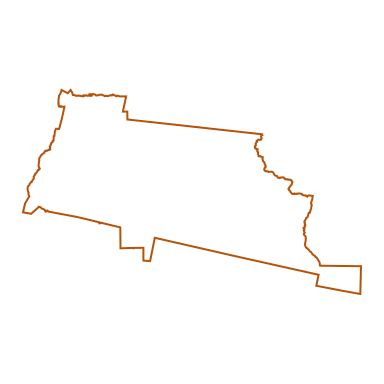 outline of Río Seco, Córdoba, Argentina
{"feature_id": "61730980B71498262551365", "entity_name": "Río Seco", "entity_type": "district", "adm_level": 2, "iso_a3": "ARG", "parent_name": "Argentina", "parent_adm1": "Córdoba", "projection": "natural_earth1", "projection_center": [-63.26, -30.047], "detail": "fine", "context": "isolated", "style": "outline", "palette": "amber", "viewbox_px": 384, "rotation_deg": 0, "n_neighbors": 0, "source": "geoboundaries", "source_scale": "gbopen_adm2", "svg_char_len": 5775}
<svg xmlns="http://www.w3.org/2000/svg" viewBox="0 0 384 384"><path d="M70.6,90.0L68.2,92.7L67.8,93.2L61.5,90.0L61.0,92.2L60.3,93.7L59.0,95.8L58.9,96.4L58.9,97.3L58.6,98.5L58.4,103.5L58.6,103.5L58.8,106.3L60.6,106.2L60.5,106.8L64.4,106.7L62.9,114.0L61.6,119.6L59.1,129.0L56.0,128.7L54.9,131.3L54.4,136.0L53.7,136.2L53.5,140.7L52.9,140.8L52.6,141.0L52.6,141.8L52.5,142.2L52.4,142.4L51.7,142.5L51.1,143.3L51.0,143.6L51.0,144.4L50.9,144.7L50.5,145.2L49.8,146.4L49.9,147.1L50.3,147.4L50.3,147.6L50.0,148.0L50.0,148.3L49.7,148.9L50.1,149.4L49.3,150.0L48.9,150.0L48.6,149.9L48.2,150.0L47.6,150.6L46.7,150.9L46.0,150.5L45.5,150.7L45.1,151.0L44.8,151.7L44.6,151.8L44.4,152.1L44.4,152.7L42.6,153.9L41.8,154.8L41.0,155.3L40.0,157.3L39.7,157.4L39.1,159.1L39.3,160.6L38.8,162.5L38.8,163.8L38.6,164.7L38.6,166.0L38.8,166.8L39.0,167.3L39.7,168.4L39.2,168.8L39.4,169.3L39.1,169.7L38.4,170.0L38.2,170.4L37.7,170.3L37.0,171.9L35.9,173.3L35.8,173.6L35.3,173.7L35.0,174.4L35.0,174.7L34.8,174.9L34.3,175.8L33.8,176.4L33.6,176.9L33.9,177.8L33.9,178.3L32.6,180.2L31.9,181.3L31.9,181.8L31.5,182.2L30.7,182.3L30.3,183.2L29.7,183.8L29.5,184.5L29.0,185.5L28.6,185.7L27.7,187.0L27.7,188.2L27.5,189.0L28.1,191.6L28.6,192.7L28.4,193.7L28.7,195.3L29.4,196.2L25.1,203.4L23.0,212.3L31.1,213.8L38.8,207.0L38.8,206.8L40.7,207.3L41.6,208.4L42.5,208.9L43.4,209.1L44.5,209.7L44.9,210.2L45.1,210.9L45.4,211.4L45.5,211.3L45.7,210.9L46.1,211.1L46.4,210.9L46.9,211.4L47.1,211.3L47.3,210.6L47.6,210.6L48.5,211.6L78.1,217.2L99.3,222.3L99.3,223.3L100.7,223.2L100.8,222.7L120.3,227.4L120.5,248.3L133.6,247.9L133.6,248.2L134.1,248.2L134.6,247.9L143.4,247.8L143.4,260.6L150.1,261.1L154.8,237.8L233.7,255.8L318.6,274.8L316.3,285.8L341.5,290.6L360.3,294.0L361.0,266.2L320.1,265.7L319.8,264.8L319.8,263.9L319.7,262.9L319.3,261.8L318.5,260.7L317.1,258.2L316.1,257.2L315.4,256.9L314.9,255.9L313.5,255.1L312.6,254.3L312.2,253.8L311.3,252.4L311.0,252.0L310.1,251.5L309.5,250.9L309.0,250.0L308.0,249.2L307.4,248.3L306.7,248.1L305.9,247.4L305.0,245.1L305.1,243.3L305.6,241.0L305.8,239.2L305.8,238.7L305.6,238.0L305.8,237.3L305.5,236.2L304.6,235.5L304.2,235.0L303.9,234.5L303.9,233.7L304.0,233.5L304.4,233.3L304.8,232.6L304.4,232.0L303.8,230.7L304.4,230.1L304.4,229.7L303.9,229.2L303.5,228.2L303.5,227.9L304.0,227.9L304.4,228.1L304.6,227.9L304.6,227.2L304.9,226.3L304.7,226.0L304.7,225.6L305.3,225.6L305.3,224.7L304.7,223.5L304.7,223.2L304.8,223.1L304.9,222.5L304.4,222.1L304.4,221.6L304.5,221.2L305.3,220.0L306.2,218.3L306.3,217.8L307.4,217.3L307.7,216.7L308.7,213.0L309.8,212.8L309.9,212.3L309.9,211.8L310.4,211.0L310.4,210.3L311.1,208.9L311.3,207.2L311.4,206.0L311.7,205.6L311.7,205.2L311.5,204.2L311.1,203.7L311.0,203.4L311.3,202.8L311.3,201.8L311.8,200.7L312.0,200.0L312.3,199.3L312.7,195.9L308.8,195.4L308.4,195.5L307.6,196.0L307.4,196.3L307.3,196.0L307.0,195.9L306.6,196.1L305.8,195.8L305.5,195.4L304.2,195.5L303.6,195.2L302.7,195.1L302.1,194.6L301.9,194.0L301.2,193.7L300.1,193.7L299.1,193.4L296.7,193.7L296.7,193.9L295.2,193.8L294.9,194.0L294.4,193.5L294.0,193.9L293.5,194.0L292.4,194.0L291.8,193.3L290.7,192.4L290.5,191.6L290.4,191.3L289.4,190.5L289.2,190.0L289.0,189.9L289.0,189.6L288.5,189.2L288.5,188.7L289.3,187.6L289.4,187.2L290.2,186.5L290.4,185.9L290.6,185.6L291.6,184.6L291.6,184.2L291.8,183.9L292.1,182.6L292.5,182.0L291.0,180.0L290.7,179.8L290.1,179.7L289.9,179.9L289.5,179.9L288.7,179.5L288.3,179.7L288.0,179.5L287.4,179.5L287.1,179.2L286.6,179.2L285.9,179.4L285.1,179.2L284.7,178.3L284.1,178.2L283.8,177.6L283.4,177.4L282.5,177.3L282.0,177.5L280.9,177.4L280.1,178.0L279.7,178.1L279.2,177.7L278.8,177.9L278.4,177.9L278.1,177.7L277.9,177.5L277.7,177.4L277.4,177.0L277.3,176.4L277.0,176.1L276.6,175.8L275.9,175.8L275.3,175.6L274.5,175.0L274.2,174.2L273.8,173.7L273.1,172.5L272.7,172.1L272.3,171.8L270.6,171.7L268.7,172.0L268.5,171.7L266.6,171.1L266.1,171.4L265.7,171.2L265.2,170.9L264.5,170.3L264.4,170.2L264.3,169.5L264.4,168.5L264.7,168.0L264.9,167.9L265.3,167.4L265.3,166.7L265.7,166.6L265.7,165.9L265.5,165.7L265.4,165.0L264.5,163.6L264.5,162.8L264.4,162.4L263.7,161.7L263.0,161.2L262.9,160.8L262.9,160.4L262.7,160.2L262.7,159.7L262.5,159.2L262.6,158.9L262.6,158.1L262.7,157.6L262.7,157.2L262.0,157.3L261.5,156.8L260.5,156.5L260.2,156.0L259.2,156.3L258.6,156.2L258.6,155.7L258.0,154.0L258.1,153.4L258.0,153.2L258.2,152.6L258.1,152.2L257.8,152.0L257.2,151.3L257.3,150.8L257.5,150.3L257.3,149.7L257.6,149.4L257.6,149.2L256.6,148.7L256.2,148.9L255.9,148.6L255.2,148.4L255.0,148.0L255.1,147.0L254.8,146.6L255.3,146.0L255.4,145.5L255.7,145.3L255.9,145.2L255.7,144.7L255.7,143.4L256.3,142.5L257.1,141.7L257.0,141.1L256.8,140.8L257.7,140.2L258.0,139.7L258.4,139.7L258.9,139.7L259.3,139.9L259.9,139.9L260.6,139.4L260.9,139.4L261.0,139.5L261.2,139.2L261.6,138.7L261.5,138.4L261.6,138.1L261.3,137.5L261.0,136.2L261.4,135.5L262.0,135.2L261.4,134.8L261.2,134.4L261.4,134.2L127.4,119.5L127.3,111.6L122.9,111.6L126.1,96.4L119.5,96.4L118.4,95.8L117.4,95.8L117.0,95.7L116.7,96.2L116.2,96.2L115.6,96.0L114.7,95.3L114.2,95.2L113.7,94.7L112.7,94.5L112.4,94.7L112.1,95.4L111.3,95.5L110.6,95.2L110.2,95.2L109.7,95.5L107.9,96.1L105.5,95.9L104.8,96.2L104.0,95.6L103.2,95.4L102.7,95.0L101.4,94.6L100.4,94.8L100.0,94.7L99.1,94.8L98.2,95.1L98.0,95.3L97.2,95.5L97.1,95.4L95.9,95.4L95.4,94.8L94.7,94.4L93.1,94.0L92.7,94.2L92.3,95.0L91.9,95.4L91.8,94.9L91.5,94.4L91.0,94.3L90.9,94.1L90.7,94.1L90.5,94.6L90.2,95.1L90.3,95.6L90.1,95.9L89.7,95.7L89.2,94.8L89.0,95.4L88.5,95.5L88.3,95.7L87.9,95.8L87.4,95.6L87.0,95.7L86.8,95.5L86.6,95.7L86.3,95.7L85.8,95.4L84.1,95.3L83.9,95.7L83.5,95.7L83.7,96.2L83.2,96.4L81.9,96.1L81.2,96.2L80.8,95.9L80.1,95.7L79.3,95.8L78.9,95.8L78.6,95.5L78.1,95.6L77.6,95.6L77.1,95.9L76.7,95.9L75.7,95.7L75.4,95.3L72.9,95.0L72.6,94.4L72.6,93.7L72.2,92.6L70.6,90.0Z" fill="none" stroke="#b45309" stroke-width="2"/></svg>